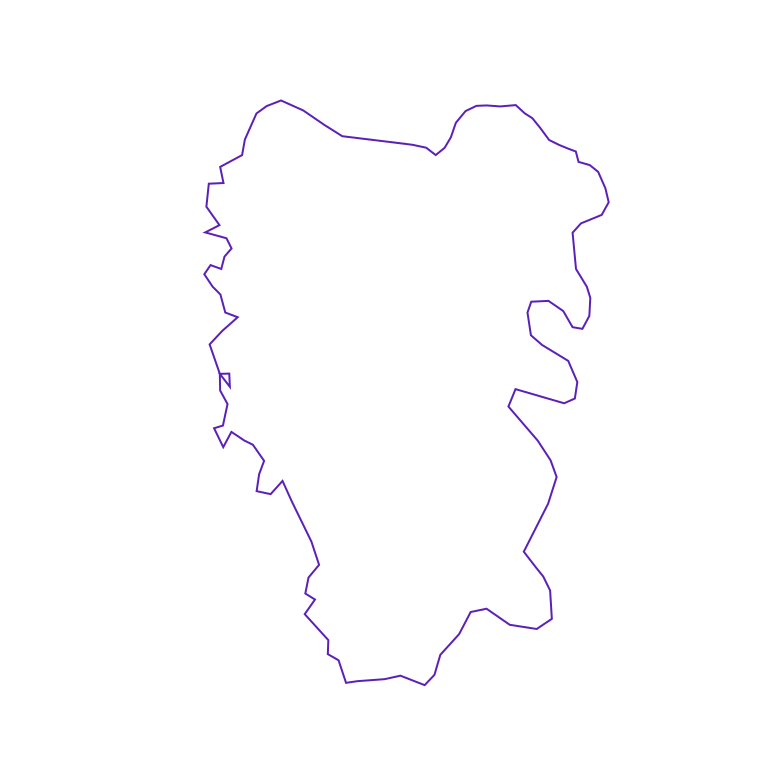 Faxinalzinho, Rio Grande do Sul, Brazil, rotated 192°
{"feature_id": "56859067B37112231790828", "entity_name": "Faxinalzinho", "entity_type": "district", "adm_level": 2, "iso_a3": "BRA", "parent_name": "Brazil", "parent_adm1": "Rio Grande do Sul", "projection": "equal_earth", "projection_center": [-52.674, -27.37], "detail": "fine", "context": "isolated", "style": "outline", "palette": "violet", "viewbox_px": 768, "rotation_deg": 192, "n_neighbors": 0, "source": "geoboundaries", "source_scale": "gbopen_adm2", "svg_char_len": 1603}
<svg xmlns="http://www.w3.org/2000/svg" viewBox="0 0 768 768"><g transform="rotate(192 384 384)"><path d="M543.7,639.9L556.5,631.5L565.0,622.1L570.9,594.2L570.4,578.4L589.4,562.3L582.8,547.2L597.0,543.5L594.6,520.5L578.0,505.2L590.4,495.1L568.4,493.8L561.3,484.9L566.5,475.5L567.1,462.7L578.4,464.2L582.6,454.0L571.9,443.6L562.6,437.5L554.1,420.9L541.0,418.9L553.2,402.4L562.8,386.5L546.7,359.8L542.9,343.5L532.9,331.9L532.9,309.9L541.0,305.4L528.1,288.8L523.3,305.4L509.0,299.7L499.6,297.3L485.3,283.9L487.4,269.8L486.3,252.7L472.0,252.7L463.1,268.1L449.8,250.0L422.2,214.7L409.9,193.6L417.6,179.0L417.4,162.7L406.7,158.8L413.7,142.4L385.2,121.9L382.8,108.1L371.0,104.3L359.0,83.8L348.2,87.8L322.1,95.4L307.3,102.1L281.6,97.9L274.2,110.0L272.6,130.8L258.5,155.0L251.8,179.0L237.0,185.5L210.9,174.6L183.7,176.1L171.0,189.2L178.6,216.6L188.2,228.8L196.7,235.7L212.4,249.0L198.6,301.0L195.8,328.9L205.2,344.0L221.9,360.6L257.6,387.8L254.3,406.3L203.8,402.6L194.3,409.5L195.3,426.1L208.6,444.9L237.4,455.0L250.4,462.2L258.5,483.7L257.1,495.1L240.4,499.5L223.8,492.6L211.4,478.8L201.4,479.2L197.3,493.3L200.1,511.1L205.8,521.3L220.1,536.4L231.0,571.2L224.7,582.1L206.2,594.7L202.0,608.5L208.1,621.4L218.6,636.0L228.2,640.9L239.9,641.7L244.7,651.3L253.4,652.6L262.6,654.3L273.2,657.0L284.6,667.1L294.1,674.8L302.6,678.0L313.1,684.2L327.9,679.7L341.6,677.8L351.4,675.3L361.0,667.9L368.0,654.5L369.9,639.2L373.8,627.6L381.0,618.7L391.9,623.9L406.1,623.9L476.4,617.7L496.4,625.1L519.9,634.8L543.7,639.9ZM546.7,359.8L537.5,362.0L534.2,349.2L546.7,359.8Z" fill="none" stroke="#5b21b6" stroke-width="2"/></g></svg>